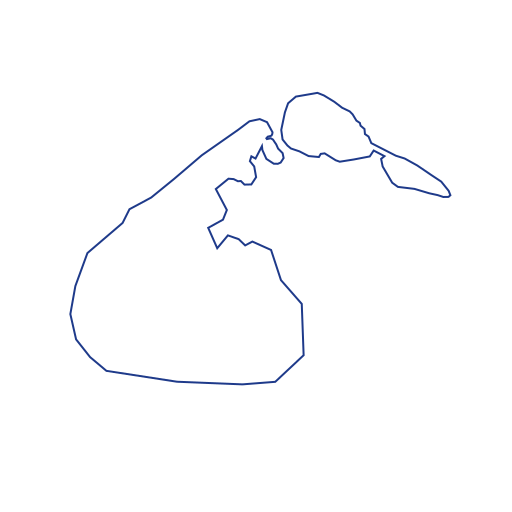 Losap, Federated States of Micronesia (Natural Earth projection), rotated 145°
{"feature_id": "79324940B35142338686244", "entity_name": "Losap", "entity_type": "district", "adm_level": 2, "iso_a3": "FSM", "parent_name": "Federated States of Micronesia", "parent_adm1": "", "projection": "natural_earth1", "projection_center": [152.733, 6.895], "detail": "fine", "context": "isolated", "style": "outline", "palette": "blue", "viewbox_px": 512, "rotation_deg": 145, "n_neighbors": 0, "source": "geoboundaries", "source_scale": "gbopen_adm2", "svg_char_len": 1487}
<svg xmlns="http://www.w3.org/2000/svg" viewBox="0 0 512 512"><g transform="rotate(145 256 256)"><path d="M174.1,345.8L172.7,346.6L171.5,347.9L170.2,359.3L174.4,366.0L184.1,370.1L198.2,369.6L242.6,369.6L279.2,366.1L308.3,364.0L332.8,366.9L346.3,359.6L392.4,355.1L421.2,335.0L441.4,314.9L451.2,290.9L449.9,268.3L444.4,247.7L392.8,198.3L340.7,158.6L312.4,141.9L273.9,147.4L246.0,190.5L249.4,221.9L240.2,252.3L250.7,269.9L258.8,270.9L260.5,279.7L267.2,289.0L283.3,284.6L279.0,306.5L262.2,304.7L253.5,310.4L250.5,333.9L234.2,335.1L230.2,331.8L227.9,327.6L225.4,326.1L224.5,321.1L218.8,317.3L210.7,320.5L206.1,330.4L206.6,337.2L202.6,340.3L200.5,336.1L188.1,342.6L190.0,339.1L191.8,329.6L188.5,321.4L185.2,319.0L182.2,318.4L177.2,320.4L175.2,325.0L176.3,331.3L175.4,335.9L175.4,338.3L175.3,341.6L176.4,344.0L180.0,345.5L180.0,346.5L177.9,347.0L175.1,345.9L174.1,345.8ZM165.7,324.0L160.4,316.8L155.6,307.7L147.7,301.0L144.4,302.5L140.9,300.7L135.8,288.7L133.3,285.2L120.6,279.0L105.7,272.3L99.1,274.9L93.5,264.1L97.8,263.8L100.9,256.7L102.4,237.9L100.1,231.2L87.7,220.1L78.1,208.0L72.2,201.6L68.7,196.9L64.4,194.0L61.9,194.3L60.8,198.9L61.6,210.7L66.2,222.4L72.0,237.7L78.3,250.6L83.9,257.9L96.8,282.3L95.3,289.3L96.8,293.4L94.3,297.8L95.6,302.8L94.6,305.4L96.1,309.3L95.6,316.6L96.3,320.7L100.4,328.0L103.4,337.4L108.3,348.6L112.1,354.4L116.2,356.3L131.9,363.7L142.1,362.7L149.9,357.1L163.0,344.8L167.4,336.2L166.9,328.5L165.7,324.0Z" fill="none" stroke="#1e3a8a" stroke-width="2"/></g></svg>